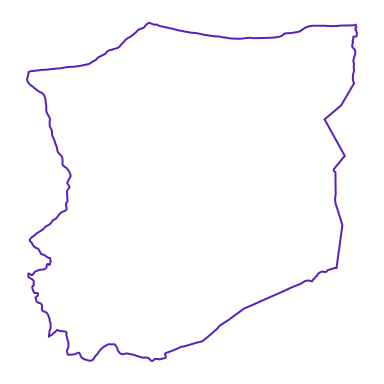 outline of La Ceiba, Atlántida, Honduras
{"feature_id": "27666195B56820248384798", "entity_name": "La Ceiba", "entity_type": "district", "adm_level": 2, "iso_a3": "HND", "parent_name": "Honduras", "parent_adm1": "Atlántida", "projection": "robinson", "projection_center": [-86.825, 15.67], "detail": "fine", "context": "isolated", "style": "outline", "palette": "violet", "viewbox_px": 384, "rotation_deg": 0, "n_neighbors": 0, "source": "geoboundaries", "source_scale": "gbopen_adm2", "svg_char_len": 5685}
<svg xmlns="http://www.w3.org/2000/svg" viewBox="0 0 384 384"><path d="M355.8,24.9L354.9,25.2L353.4,25.3L347.3,25.5L341.8,25.5L340.1,25.6L337.2,26.0L331.6,26.1L329.9,26.1L323.7,25.7L321.0,25.8L314.9,25.7L312.1,25.8L308.1,26.6L305.4,27.6L299.3,31.6L296.3,32.2L291.2,33.0L285.3,33.4L284.3,33.7L282.8,35.1L281.6,35.9L279.5,36.7L277.8,37.1L272.0,37.7L259.3,38.1L252.7,38.1L250.2,37.7L247.7,38.0L245.7,38.0L242.5,38.6L238.4,38.8L230.1,38.4L226.8,37.7L222.8,37.3L219.0,36.5L214.5,36.3L213.2,36.0L211.0,35.8L207.4,35.2L205.0,35.0L199.3,33.7L195.6,33.1L191.3,32.7L184.4,31.5L181.7,30.7L181.1,30.8L180.0,30.7L177.1,29.9L174.1,29.3L172.4,28.7L170.6,28.4L160.2,26.1L158.0,25.3L156.9,24.5L156.2,24.5L155.3,24.8L154.8,24.7L153.5,24.4L150.5,23.3L149.4,23.0L148.6,23.1L147.7,23.4L146.9,24.2L145.8,25.1L144.2,27.3L142.5,28.2L139.2,29.3L138.5,29.7L137.3,30.8L136.3,32.1L135.6,32.5L133.2,34.7L129.9,37.0L127.8,38.1L125.2,40.1L124.2,41.5L121.8,43.9L119.6,46.5L118.7,47.3L116.9,48.2L113.2,49.2L111.9,49.7L109.2,50.4L108.0,50.9L107.0,51.7L106.5,52.3L106.0,53.1L104.6,54.3L102.6,55.1L101.4,55.8L99.2,56.8L97.3,58.2L96.7,59.2L94.5,60.7L92.0,62.0L89.8,63.6L86.9,64.5L83.6,65.1L79.8,66.0L77.1,66.2L74.8,66.7L71.3,66.8L67.1,67.1L59.7,68.4L56.0,68.6L51.6,69.2L49.4,69.1L48.3,69.6L44.5,69.7L40.0,70.0L38.9,70.3L34.6,70.8L30.5,71.2L29.8,71.4L28.6,72.1L28.3,74.9L27.1,78.7L27.4,80.9L27.7,81.9L29.8,84.5L30.9,85.4L33.2,86.9L34.1,87.8L37.3,90.4L39.6,91.9L41.2,92.6L42.3,93.2L43.9,95.0L44.6,96.4L45.3,98.7L45.6,101.0L45.7,102.6L46.3,105.8L46.2,108.6L46.4,111.3L47.3,113.9L49.1,116.6L49.8,118.4L49.9,119.6L49.7,121.4L49.7,125.6L50.0,126.7L51.2,129.1L51.9,130.8L52.0,133.4L52.4,135.9L54.4,140.2L54.6,141.2L55.5,144.0L56.2,145.4L56.9,147.8L57.5,150.8L57.9,152.0L58.5,152.8L61.8,156.4L62.1,157.0L62.6,160.0L62.5,163.6L62.7,165.0L62.9,165.4L65.5,167.4L66.6,168.1L67.2,168.7L68.8,171.0L69.4,172.1L70.2,174.0L70.6,175.3L70.5,176.1L70.4,176.8L69.6,178.1L69.2,178.9L67.7,181.6L67.3,182.7L67.4,183.4L69.2,186.3L69.5,187.1L69.1,188.0L67.4,190.1L67.0,191.5L67.0,193.7L67.3,195.7L67.2,196.5L67.4,199.9L67.6,201.0L67.5,201.4L66.3,202.9L66.0,203.7L66.0,205.7L66.7,208.1L66.6,209.1L66.4,209.7L65.7,210.5L61.8,212.1L60.4,213.1L58.0,215.9L57.6,216.7L56.3,218.3L54.7,219.4L52.8,220.3L51.2,222.7L50.1,224.0L48.8,224.9L45.4,226.7L43.7,228.6L42.3,229.8L36.5,233.5L34.7,235.2L31.7,237.4L30.1,239.1L29.6,240.1L29.7,240.5L29.9,241.0L32.2,243.4L32.5,244.5L34.0,246.5L35.2,247.5L37.7,248.5L38.4,249.1L40.6,253.0L41.2,253.9L44.3,255.1L48.3,257.8L49.0,258.0L49.6,257.8L50.0,258.0L50.2,258.5L50.3,259.7L50.8,261.0L50.7,261.4L50.1,262.9L49.9,264.2L49.7,264.7L49.3,265.0L48.9,264.9L48.4,264.3L48.0,264.0L47.6,264.1L47.2,264.3L46.7,265.1L46.7,266.6L46.5,267.5L45.8,268.3L44.8,269.0L44.1,269.3L39.6,269.9L35.7,271.2L34.4,272.3L33.0,274.3L32.1,275.0L31.6,275.0L30.6,274.6L28.8,273.5L28.4,273.7L28.3,274.2L28.3,276.0L28.5,276.8L28.7,277.3L30.7,278.5L32.1,279.2L33.4,280.4L33.7,280.9L33.8,281.7L33.5,283.9L33.8,285.1L33.6,285.5L32.5,286.3L32.3,286.8L32.2,287.2L32.4,288.4L33.5,291.5L34.0,292.4L34.6,292.9L35.2,293.0L37.4,293.1L37.7,293.2L37.8,293.5L37.9,294.6L37.7,295.4L37.2,296.2L35.7,297.4L35.6,297.8L35.6,298.4L36.2,299.5L36.3,300.5L36.4,301.1L37.0,301.8L37.7,302.4L38.5,302.8L40.5,303.4L41.4,304.2L41.9,305.2L42.2,306.3L42.2,307.1L41.8,308.9L41.8,309.5L42.1,310.0L42.5,310.7L43.2,311.2L45.9,312.3L47.1,313.3L48.0,314.8L49.6,318.9L49.7,319.5L49.7,321.1L50.6,323.5L50.6,327.8L50.4,328.7L49.5,330.9L49.4,332.7L48.8,335.9L48.9,336.5L51.2,335.2L52.4,334.3L55.2,331.9L57.0,330.0L57.7,330.1L59.6,331.0L63.4,331.3L65.1,331.6L65.9,331.9L66.3,332.3L66.6,333.2L66.3,335.2L67.0,337.3L67.3,339.2L68.2,341.6L68.5,343.6L68.4,347.1L68.1,348.0L67.1,350.0L66.9,350.9L67.0,351.9L67.2,352.8L67.5,353.8L68.0,354.6L68.3,354.8L69.1,354.8L73.4,354.5L74.9,354.1L78.3,352.8L79.1,352.8L79.4,353.1L79.8,353.7L81.0,356.7L82.1,358.0L84.1,359.2L88.6,360.5L89.8,360.7L91.1,360.6L92.0,360.3L92.9,359.7L93.4,359.2L95.4,355.9L96.9,354.7L98.9,351.8L100.2,350.0L101.7,348.5L103.8,346.8L107.4,344.7L108.7,344.2L111.3,344.4L113.8,344.2L114.3,344.3L114.8,344.6L115.9,345.7L117.4,348.6L117.6,349.3L117.7,350.3L117.9,350.7L120.0,353.3L121.7,354.1L123.3,354.1L126.9,353.4L133.5,354.8L139.6,356.8L142.6,357.6L143.6,357.7L145.8,357.5L147.9,357.8L148.4,358.1L149.4,358.8L150.7,360.4L152.2,361.0L153.3,360.4L155.2,358.8L157.6,359.0L159.2,359.4L159.7,359.4L161.6,358.8L164.3,358.3L165.7,357.6L165.8,357.2L165.8,356.4L165.0,354.2L165.1,353.6L165.5,353.2L174.1,350.0L181.9,346.6L183.8,346.5L196.6,342.7L202.3,341.3L209.7,335.3L217.3,328.6L219.4,325.9L228.2,320.2L244.1,308.5L252.1,305.1L269.8,297.2L279.1,293.2L290.5,287.9L294.5,286.2L299.8,284.2L305.1,281.1L306.3,280.6L308.3,280.5L312.0,281.3L312.9,279.9L314.8,278.1L315.8,276.5L317.2,275.6L317.5,275.0L317.6,274.4L317.9,273.9L318.8,273.1L320.2,272.3L322.7,271.5L324.8,272.0L326.0,271.9L326.4,271.7L327.2,270.6L328.0,270.1L334.1,268.2L335.9,267.9L336.5,268.0L342.4,225.2L336.8,207.1L335.6,203.9L335.1,199.8L335.1,198.0L335.7,194.4L335.4,172.1L333.9,170.9L333.7,170.5L333.6,170.0L334.0,168.9L336.3,166.2L337.5,164.6L339.7,162.3L341.0,160.4L343.5,157.3L344.9,156.1L324.6,119.4L341.1,105.4L354.1,83.3L353.8,82.9L353.2,80.8L352.9,79.3L352.8,78.1L353.0,75.4L353.2,74.0L354.0,71.0L354.0,70.1L353.7,67.0L353.9,66.0L353.9,63.7L353.4,61.0L353.4,60.1L354.1,57.3L355.2,54.3L355.3,51.7L355.0,50.4L354.4,49.3L352.4,47.1L352.2,46.5L352.3,44.5L352.5,43.7L353.0,42.4L353.0,42.0L352.6,40.7L352.7,40.2L353.3,39.3L353.2,37.0L353.6,36.7L354.1,36.6L355.9,36.6L356.4,36.3L356.8,35.5L356.9,33.7L356.8,33.3L356.1,30.4L355.8,29.7L355.5,29.6L355.3,29.1L355.4,28.4L355.5,28.1L356.1,27.7L356.3,27.4L355.9,26.1L355.8,24.9Z" fill="none" stroke="#5b21b6" stroke-width="2"/></svg>